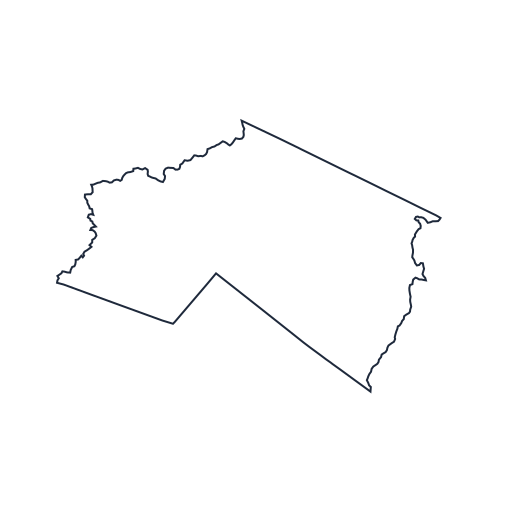 Anagé, Bahia, Brazil, rotated 38°
{"feature_id": "56859067B63305448171139", "entity_name": "Anagé", "entity_type": "district", "adm_level": 2, "iso_a3": "BRA", "parent_name": "Brazil", "parent_adm1": "Bahia", "projection": "orthographic", "projection_center": [-40.955, -14.609], "detail": "fine", "context": "isolated", "style": "outline", "palette": "slate", "viewbox_px": 512, "rotation_deg": 38, "n_neighbors": 0, "source": "geoboundaries", "source_scale": "gbopen_adm2", "svg_char_len": 3759}
<svg xmlns="http://www.w3.org/2000/svg" viewBox="0 0 512 512"><g transform="rotate(38 256 256)"><path d="M404.9,170.6L402.8,169.1L400.2,168.6L398.3,167.7L397.2,164.9L396.3,162.6L394.4,161.2L392.0,159.0L390.2,160.1L390.1,162.6L388.6,164.4L385.7,163.6L383.5,162.0L381.6,161.3L379.9,160.8L378.9,159.2L377.7,156.8L375.9,154.4L374.1,153.0L372.3,151.3L370.8,150.3L370.3,148.6L369.5,146.9L369.1,144.5L369.4,142.8L368.0,141.2L367.6,137.6L367.6,134.7L368.5,132.9L367.3,130.9L365.4,129.5L363.5,129.3L362.0,128.1L360.5,129.2L358.3,129.0L358.0,126.7L359.2,125.3L360.9,125.0L362.2,123.8L364.4,122.9L367.3,123.0L370.9,124.1L372.6,122.1L373.9,119.8L376.3,117.9L378.0,116.4L378.2,114.4L378.0,112.4L372.9,113.1L355.2,116.9L338.2,120.4L318.5,124.6L313.1,125.7L300.6,128.3L284.5,131.7L278.1,133.1L225.8,144.1L222.2,144.8L219.5,145.4L217.5,145.8L213.4,146.7L207.2,148.0L201.2,149.3L161.4,158.2L163.1,159.5L164.7,160.9L166.3,161.9L168.5,163.0L169.3,165.5L170.6,166.8L171.9,168.2L172.7,169.9L172.6,172.2L170.9,174.0L169.5,174.8L167.6,175.7L167.7,178.2L167.9,180.9L167.8,183.2L167.3,185.0L165.6,185.2L163.7,185.1L161.2,185.4L159.2,186.1L158.6,188.2L157.8,191.1L156.7,192.7L155.9,195.2L154.3,197.3L153.3,199.7L152.0,201.6L153.5,204.3L153.9,206.4L153.5,208.3L152.6,210.3L150.9,211.1L149.0,213.0L146.8,213.8L145.4,214.7L145.4,217.5L145.3,220.8L143.4,223.1L140.8,224.5L140.9,226.5L141.0,228.5L140.1,230.7L141.3,232.6L141.9,234.5L141.0,236.2L139.4,237.5L136.8,237.5L135.3,238.5L133.9,239.5L132.3,240.5L131.0,242.8L131.1,245.4L132.8,248.2L135.1,249.0L136.6,251.4L137.1,255.0L134.9,256.0L132.2,256.6L129.2,256.7L126.8,257.8L125.2,258.4L123.5,258.7L121.7,259.2L120.1,258.1L118.8,256.0L117.5,254.8L114.5,255.0L113.2,257.8L110.9,258.8L108.7,259.2L107.1,261.3L105.7,262.7L107.0,264.7L105.3,267.2L103.6,268.9L102.6,270.6L102.3,272.8L102.2,274.7L102.5,276.7L103.3,278.7L102.7,280.4L100.8,280.7L99.1,281.7L97.5,283.9L97.1,286.7L95.5,288.3L93.4,288.7L91.6,289.5L89.1,291.1L87.9,293.9L86.2,295.8L85.0,297.9L83.9,299.9L82.3,301.3L84.1,302.3L85.5,303.4L86.7,304.8L88.0,306.3L87.8,309.1L85.0,311.3L83.4,312.9L84.9,315.1L86.9,315.8L89.0,316.3L90.3,317.9L92.1,318.8L93.9,319.5L95.6,320.9L98.0,320.0L99.2,321.1L100.6,322.6L102.4,323.7L100.2,324.6L98.8,326.4L99.7,329.1L102.5,328.8L103.8,330.0L105.8,329.6L107.3,330.8L109.1,331.0L111.7,331.4L110.1,333.3L108.9,335.3L109.5,337.5L111.3,336.2L113.8,336.1L115.6,336.7L117.7,338.2L118.0,341.3L117.0,344.1L118.6,346.2L118.1,349.9L120.7,350.1L120.2,352.2L119.3,355.4L118.2,358.2L118.6,360.8L120.3,361.6L120.3,363.7L118.2,363.3L118.2,365.7L118.0,368.2L116.3,370.1L117.6,371.7L118.8,374.0L119.2,375.9L117.9,377.8L118.6,381.1L119.8,383.5L117.3,385.2L114.8,386.2L112.9,387.3L113.3,389.4L112.5,392.0L111.8,394.0L114.3,395.0L114.5,397.3L115.7,399.6L122.0,396.9L150.6,387.7L170.9,381.1L178.0,378.8L187.2,375.8L221.9,364.5L232.3,360.5L232.6,357.8L234.8,306.6L235.2,294.3L237.4,294.3L292.8,294.5L323.6,294.7L336.8,294.8L346.6,294.9L354.1,294.8L368.3,294.4L374.6,294.3L380.5,294.0L382.8,294.0L392.4,293.6L411.1,293.0L425.6,292.5L429.7,292.4L427.1,288.5L424.8,288.3L422.4,286.8L419.8,285.6L419.3,283.7L418.6,281.8L418.0,279.2L417.9,276.4L416.6,273.7L416.5,270.9L417.5,267.9L418.0,266.2L417.8,264.1L416.7,262.0L416.8,258.7L415.7,256.3L416.4,254.2L417.3,252.0L417.1,249.6L416.0,247.3L415.5,245.0L416.6,241.1L417.5,238.6L416.7,235.7L415.4,234.7L414.2,232.1L413.0,229.0L412.2,226.3L411.1,224.1L411.9,222.5L411.8,219.6L411.1,217.1L411.3,214.8L409.8,212.2L410.5,209.7L411.7,206.8L411.6,205.0L410.5,203.3L409.5,200.4L408.1,199.1L405.8,197.2L404.3,195.5L402.9,192.9L400.8,191.2L398.1,188.7L396.5,186.8L395.2,184.1L396.6,181.9L395.3,179.7L394.4,177.8L395.0,174.9L396.7,174.3L399.0,174.0L400.9,172.6L403.2,171.5L404.9,170.6Z" fill="none" stroke="#1e293b" stroke-width="2"/></g></svg>